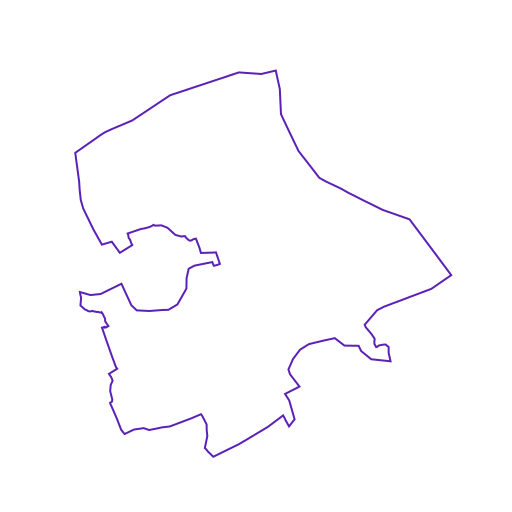 outline of Illela, Sokoto, Nigeria, rotated 74°
{"feature_id": "59680162B27389948970996", "entity_name": "Illela", "entity_type": "district", "adm_level": 2, "iso_a3": "NGA", "parent_name": "Nigeria", "parent_adm1": "Sokoto", "projection": "albers", "projection_center": [5.376, 13.671], "detail": "fine", "context": "isolated", "style": "outline", "palette": "violet", "viewbox_px": 512, "rotation_deg": 74, "n_neighbors": 0, "source": "geoboundaries", "source_scale": "gbopen_adm2", "svg_char_len": 2587}
<svg xmlns="http://www.w3.org/2000/svg" viewBox="0 0 512 512"><g transform="rotate(74 256 256)"><path d="M107.0,401.3L135.7,405.5L143.5,407.2L153.8,409.0L162.7,409.0L185.6,405.0L202.6,401.0L202.5,390.7L215.4,386.0L211.4,371.9L208.8,372.5L207.3,372.4L205.3,372.7L203.5,373.4L200.4,373.0L199.0,373.2L198.3,359.2L198.7,355.8L198.8,350.7L198.4,347.8L197.8,345.9L199.0,344.7L200.5,338.4L204.5,333.3L213.5,327.7L216.9,322.0L216.8,321.2L217.3,318.8L219.4,318.1L222.6,316.0L223.3,314.4L222.6,311.4L222.7,309.0L232.5,308.1L237.9,308.1L240.7,297.1L241.5,293.5L253.6,292.9L253.9,295.6L253.9,297.8L253.7,299.3L249.8,299.7L248.3,317.7L249.7,324.2L258.1,328.8L268.2,331.9L280.9,344.9L283.6,355.0L282.1,360.9L279.5,373.6L275.4,385.6L269.0,389.4L245.6,393.0L249.7,415.9L247.9,425.9L242.1,435.2L244.3,435.5L247.9,435.6L255.2,438.4L260.4,435.0L261.2,433.9L262.8,432.4L263.2,431.5L263.7,430.2L263.7,428.3L263.8,428.0L264.5,427.3L265.0,426.4L265.1,425.8L265.9,424.6L266.2,423.1L267.3,421.6L267.5,420.3L267.8,420.2L267.6,419.9L269.8,419.2L273.1,418.7L274.6,418.4L275.2,418.5L276.7,418.9L277.5,418.9L279.3,418.3L279.9,418.2L281.0,417.9L281.3,417.7L282.0,417.4L282.7,417.2L283.3,419.8L283.2,420.2L283.2,420.3L282.9,420.3L282.6,420.6L282.9,420.8L283.0,421.2L283.0,421.5L282.5,421.6L282.4,422.4L282.4,423.8L297.3,423.0L314.6,422.0L318.8,421.6L321.5,421.5L324.3,421.2L326.1,420.5L328.8,429.9L332.4,428.6L336.4,428.2L339.9,431.2L345.6,433.4L354.3,433.7L356.2,434.5L356.6,435.6L356.8,436.6L357.3,436.8L363.7,435.9L374.6,434.5L385.9,433.5L390.9,431.4L389.2,421.2L390.5,411.4L393.8,406.7L394.5,398.7L394.8,393.6L396.1,386.0L394.2,362.7L392.9,352.5L395.1,351.7L404.3,349.9L409.8,351.4L415.6,352.4L426.5,358.1L428.3,357.1L430.9,356.0L437.2,352.4L432.1,323.9L423.6,291.9L418.2,277.7L416.7,273.9L419.1,273.3L421.5,272.9L422.4,272.8L423.1,272.6L428.9,271.2L423.6,263.9L403.9,263.9L396.6,266.1L393.5,250.2L379.1,255.9L374.0,256.1L365.2,248.8L358.2,239.5L355.3,229.5L355.9,214.8L356.7,202.9L366.5,195.7L370.6,182.1L376.4,181.1L387.0,173.7L394.3,155.7L385.8,155.2L380.0,153.6L376.8,155.8L376.2,158.7L375.9,162.7L376.8,164.9L376.7,165.6L375.3,165.9L373.3,166.4L370.4,165.7L369.2,165.0L368.3,164.8L363.1,166.4L354.6,170.2L352.0,170.4L341.5,154.5L340.0,146.9L335.9,96.5L328.2,73.6L327.4,73.9L309.7,80.6L293.8,86.6L263.1,98.3L246.7,121.4L231.7,137.9L220.8,149.7L214.6,155.8L203.8,168.1L198.3,173.6L184.9,178.9L171.3,184.4L166.7,186.2L145.5,189.8L126.6,192.9L102.1,187.1L83.2,185.9L82.5,200.7L74.8,221.9L77.8,294.2L91.6,337.6L94.2,359.2L95.4,367.1L97.0,372.4L107.0,401.3Z" fill="none" stroke="#5b21b6" stroke-width="2"/></g></svg>